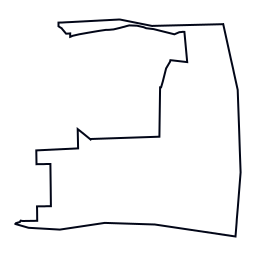 Zemam Out, Al Qahirah, Egypt
{"feature_id": "37247803B46264859714526", "entity_name": "Zemam Out", "entity_type": "district", "adm_level": 2, "iso_a3": "EGY", "parent_name": "Egypt", "parent_adm1": "Al Qahirah", "projection": "natural_earth1", "projection_center": [31.543, 29.966], "detail": "fine", "context": "isolated", "style": "outline", "palette": "ink", "viewbox_px": 256, "rotation_deg": 0, "n_neighbors": 0, "source": "geoboundaries", "source_scale": "gbopen_adm2", "svg_char_len": 1621}
<svg xmlns="http://www.w3.org/2000/svg" viewBox="0 0 256 256"><path d="M37.1,210.7L37.2,220.8L22.8,221.0L22.0,220.9L21.4,220.8L21.2,220.8L21.0,220.7L20.8,220.6L20.7,220.6L20.3,221.2L20.2,221.5L19.9,222.0L19.7,222.1L19.2,222.2L18.9,222.3L18.1,222.5L17.8,222.6L17.3,222.7L16.8,222.9L16.0,223.2L16.0,223.4L15.8,223.6L15.6,223.7L15.4,223.8L15.4,224.0L28.6,227.8L59.9,229.6L104.7,222.9L154.8,224.5L235.5,236.5L236.6,222.7L236.8,219.3L237.1,215.8L237.8,207.7L240.6,172.5L240.6,172.3L239.8,150.0L239.1,128.8L237.7,90.0L237.7,89.9L233.8,72.2L233.1,68.8L230.9,59.1L225.9,36.3L223.2,24.1L222.6,24.2L152.9,25.9L152.3,26.0L119.8,19.5L119.4,19.5L70.1,22.1L65.8,22.3L62.5,22.5L61.9,22.5L61.7,22.5L61.4,22.5L58.5,22.6L58.5,25.4L58.5,26.1L58.5,26.3L59.7,27.1L60.7,27.7L61.7,28.3L61.8,28.4L62.0,28.8L66.1,33.7L66.6,33.7L67.5,33.6L68.2,33.6L69.1,33.5L70.2,33.4L70.2,36.8L72.7,35.8L79.2,34.3L88.3,32.7L97.1,31.2L100.2,30.7L105.7,29.9L106.7,29.9L109.3,29.8L110.3,29.7L113.6,29.4L119.9,27.9L123.2,27.0L123.7,26.9L124.5,26.7L126.5,26.1L129.2,25.4L137.0,25.7L138.8,26.1L143.3,27.1L144.2,27.4L146.1,28.2L151.9,28.9L153.6,29.1L167.2,32.5L174.4,34.3L179.3,32.2L181.6,32.0L182.8,31.8L184.4,31.9L187.2,62.1L172.5,60.4L170.4,60.2L170.0,61.8L166.1,68.4L162.8,81.5L161.1,87.3L160.1,87.3L160.0,93.4L160.0,93.5L159.6,121.7L159.4,136.7L90.9,139.0L90.6,139.5L83.6,133.8L77.7,129.1L78.1,148.4L36.3,150.4L36.5,164.2L38.4,164.1L40.4,164.1L42.4,164.1L44.4,164.1L46.4,164.0L48.4,164.0L50.4,164.0L50.7,187.3L50.9,206.2L48.9,206.2L46.9,206.2L45.0,206.3L43.0,206.3L41.0,206.3L39.0,206.3L37.0,206.4L37.1,210.7Z" fill="none" stroke="#020617" stroke-width="2"/></svg>